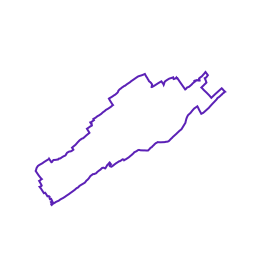 Bogdanesti, Vaslui, Romania (orthographic projection), rotated 249°
{"feature_id": "2599482B63320103787750", "entity_name": "Bogdanesti", "entity_type": "district", "adm_level": 2, "iso_a3": "ROU", "parent_name": "Romania", "parent_adm1": "Vaslui", "projection": "orthographic", "projection_center": [27.722, 46.427], "detail": "fine", "context": "isolated", "style": "outline", "palette": "violet", "viewbox_px": 256, "rotation_deg": 249, "n_neighbors": 0, "source": "geoboundaries", "source_scale": "gbopen_adm2", "svg_char_len": 5682}
<svg xmlns="http://www.w3.org/2000/svg" viewBox="0 0 256 256"><g transform="rotate(249 128 128)"><path d="M127.1,231.6L128.4,231.0L128.6,230.8L129.0,230.7L130.7,230.1L131.5,229.7L128.4,221.6L126.3,216.6L129.2,215.6L132.9,214.0L136.2,212.4L138.5,211.5L139.5,211.0L140.4,213.1L140.7,213.9L141.0,214.4L141.5,215.6L141.6,216.1L142.0,216.6L142.0,216.9L142.3,217.5L144.3,217.6L147.0,217.5L147.1,218.5L147.1,218.9L147.3,219.3L147.8,220.1L148.7,221.5L152.5,220.4L152.0,219.5L151.7,219.1L151.2,218.2L151.0,217.7L150.1,216.1L149.6,215.1L149.6,214.5L149.3,213.8L149.2,213.1L149.1,212.7L148.8,212.6L148.6,212.0L148.3,211.8L147.9,212.0L146.8,212.0L146.6,211.9L146.8,211.3L147.1,211.1L147.1,210.8L147.2,210.7L147.7,210.2L147.8,209.9L147.6,209.5L147.6,209.2L148.2,208.8L147.5,207.4L148.2,207.1L148.1,206.7L147.3,206.8L146.3,203.9L145.9,203.4L144.6,199.8L144.6,199.5L144.6,198.1L144.6,197.6L143.8,196.2L143.6,195.8L143.5,195.2L152.7,192.9L156.7,192.0L156.6,191.6L157.7,191.3L157.6,191.2L157.5,190.6L157.2,189.2L157.3,188.3L157.3,188.2L157.5,188.1L158.3,188.2L159.1,188.3L159.1,188.0L159.2,185.7L159.3,184.7L159.3,184.1L158.9,181.9L158.7,181.0L158.5,180.2L158.2,179.2L157.8,178.6L157.2,178.2L156.7,177.7L155.7,177.0L155.5,176.8L156.1,176.8L159.6,175.9L159.1,172.7L158.0,167.4L157.7,165.3L157.7,164.8L157.8,164.7L159.9,166.1L160.5,166.0L162.0,165.6L162.8,165.2L163.2,165.0L163.9,164.5L164.6,164.3L165.4,164.3L167.1,163.9L168.0,163.9L169.3,163.5L172.4,163.1L172.3,161.4L172.3,159.6L172.5,157.0L172.5,155.8L172.0,153.6L170.8,148.8L170.7,148.1L170.0,146.2L169.6,144.2L169.5,143.9L169.2,142.4L168.8,141.3L168.6,140.4L168.5,140.2L168.6,139.8L168.5,139.1L168.2,138.1L167.9,136.6L167.5,135.7L167.1,134.0L166.3,132.5L166.2,132.3L165.6,131.9L165.1,131.4L164.6,130.5L163.7,128.0L163.5,126.6L163.0,124.7L162.5,121.9L162.5,121.5L162.3,120.7L160.2,121.0L156.1,121.8L154.8,122.2L154.7,121.7L153.9,119.5L153.1,116.1L153.0,115.2L152.8,113.8L152.1,112.1L152.0,111.5L151.6,110.0L150.8,108.1L150.5,106.8L150.3,106.0L150.1,105.1L150.0,103.8L149.2,101.3L149.0,99.6L148.8,98.8L147.5,99.0L146.9,96.5L146.7,95.2L146.6,94.8L145.5,95.0L145.5,95.3L145.4,95.3L145.2,95.6L144.7,95.5L144.4,95.4L144.7,95.2L143.5,95.3L143.3,95.2L143.2,95.0L143.1,94.2L142.9,93.0L142.2,90.3L142.0,89.4L137.3,90.3L137.2,90.2L137.0,89.4L136.1,86.6L135.3,84.6L135.0,83.7L134.7,83.1L134.6,82.7L134.5,82.2L134.6,81.8L134.5,80.6L134.4,80.2L134.2,79.9L134.1,79.1L133.6,77.7L133.4,77.5L132.8,76.1L132.1,74.8L131.9,74.4L131.2,73.1L130.9,72.3L130.7,71.6L130.2,70.1L129.7,68.7L128.0,69.1L127.3,69.2L126.9,67.8L126.8,66.8L126.7,66.2L126.9,65.4L127.1,64.7L126.8,62.5L126.6,62.0L126.0,61.4L125.7,60.7L125.3,60.5L124.9,59.9L124.8,59.7L124.7,58.8L124.7,57.8L124.5,56.6L124.4,56.1L124.3,55.6L123.9,54.1L124.0,53.8L123.9,53.3L124.2,52.5L124.2,52.3L124.1,52.0L123.7,51.6L123.6,51.2L124.0,50.2L124.0,49.9L124.4,48.2L124.7,47.5L124.8,46.9L124.7,46.7L124.5,46.3L123.5,44.8L123.4,44.4L123.5,44.2L127.6,43.3L127.5,43.2L127.3,42.6L127.1,41.6L126.9,40.3L126.6,38.9L126.2,36.9L125.8,35.6L125.7,35.2L125.7,34.7L125.5,33.6L125.3,32.0L125.0,30.9L124.9,30.4L124.4,29.6L124.0,29.1L123.3,28.2L121.7,27.1L121.0,26.4L115.8,27.6L112.3,28.7L111.2,29.2L111.0,28.1L110.4,26.5L110.4,26.1L107.2,26.6L105.2,26.8L105.0,26.6L104.8,25.8L104.8,25.4L104.6,25.2L104.7,24.4L102.3,25.1L97.3,26.1L97.3,26.8L97.3,27.4L96.0,27.8L93.2,28.3L93.1,28.9L92.8,29.0L92.8,29.4L92.5,29.9L91.8,30.2L90.7,29.7L90.3,29.6L89.6,29.6L89.3,29.7L89.2,30.0L89.3,30.8L88.7,30.9L85.9,31.1L85.8,30.4L86.1,30.4L86.1,30.0L86.6,29.9L86.5,29.5L85.1,29.8L84.9,29.6L84.6,29.7L84.3,29.4L84.3,29.2L84.5,29.1L84.4,29.0L84.2,28.9L83.5,29.2L83.7,29.5L84.0,30.2L84.3,31.7L84.5,33.1L84.6,33.3L84.8,34.1L84.9,35.5L84.9,36.5L85.0,37.3L85.1,37.9L85.4,38.6L85.7,40.2L85.9,42.3L86.1,43.2L86.4,44.7L86.8,46.1L87.5,49.3L87.9,50.6L88.5,53.0L89.1,55.2L89.4,56.3L89.7,57.0L90.0,57.6L90.1,58.2L90.3,58.7L90.3,59.6L90.4,60.2L90.8,60.8L91.0,61.4L91.2,61.6L91.4,62.3L91.7,63.8L92.4,68.0L93.4,69.8L93.7,70.1L93.9,70.6L94.1,71.5L95.0,73.3L96.7,75.8L97.0,77.1L97.4,78.3L97.5,78.5L97.4,79.0L97.1,80.1L97.2,80.6L97.1,81.7L97.5,82.8L97.9,83.4L98.8,86.3L99.0,87.4L99.4,88.1L99.9,89.4L100.0,89.7L99.8,90.3L99.7,91.0L98.6,92.0L98.4,92.2L98.4,92.3L99.8,94.1L100.8,95.3L101.1,95.9L101.3,96.4L101.7,97.4L102.2,98.0L102.4,98.5L101.7,98.7L100.6,98.9L100.3,99.1L99.7,98.0L99.6,97.5L99.4,97.3L98.7,97.5L97.8,98.6L98.0,99.8L98.1,100.0L98.5,101.4L98.9,102.5L99.1,103.5L99.4,104.3L99.6,105.6L100.1,107.7L100.1,108.0L99.9,108.4L100.2,109.9L100.7,111.7L100.4,112.2L100.2,112.3L100.0,112.7L99.3,112.8L99.5,113.5L99.5,114.4L99.6,114.8L100.3,118.1L101.0,120.1L101.2,120.5L101.4,121.6L101.8,122.3L102.4,124.1L102.9,124.7L103.1,125.3L103.2,126.5L103.2,126.8L103.3,127.7L103.7,129.2L103.7,129.6L103.6,130.4L102.7,131.7L102.2,132.9L101.8,133.8L100.9,136.0L100.3,137.3L99.8,138.7L100.1,139.3L100.5,140.3L101.4,141.9L101.5,142.1L101.5,142.7L101.5,143.0L101.6,143.3L102.3,144.6L102.8,146.0L103.1,146.4L103.8,148.2L103.9,148.5L103.9,149.1L104.0,149.9L104.2,150.6L103.6,151.8L103.0,153.2L101.8,156.8L101.6,157.5L101.6,158.3L101.3,159.2L101.1,160.0L101.1,160.5L101.1,161.0L101.2,161.5L102.7,164.7L102.9,165.4L103.5,166.5L105.4,171.5L105.9,172.5L106.0,172.9L107.0,175.2L107.1,175.6L107.2,176.0L107.7,177.5L112.3,183.5L113.3,184.1L116.1,186.1L116.4,186.5L116.6,186.6L117.2,187.2L118.1,188.2L118.5,188.7L119.7,191.8L121.1,194.1L122.5,196.8L123.3,200.2L123.4,200.5L122.4,200.7L119.7,200.9L115.0,201.5L115.2,203.7L115.5,204.5L117.9,210.8L118.7,212.2L120.2,215.2L122.9,220.9L123.3,221.5L123.6,221.8L124.0,222.5L124.1,223.4L124.9,225.8L125.3,226.5L125.7,228.0L126.1,228.3L126.3,228.9L126.6,230.3L126.8,230.5L127.1,231.4L127.1,231.6Z" fill="none" stroke="#5b21b6" stroke-width="2"/></g></svg>